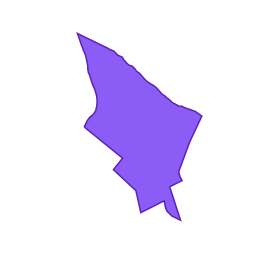 outline of São Pedro do Paraná, Paraná, Brazil, rotated 310°
{"feature_id": "56859067B21029400594343", "entity_name": "São Pedro do Paraná", "entity_type": "district", "adm_level": 2, "iso_a3": "BRA", "parent_name": "Brazil", "parent_adm1": "Paraná", "projection": "equal_earth", "projection_center": [-53.17, -22.776], "detail": "fine", "context": "isolated", "style": "filled", "palette": "violet", "viewbox_px": 256, "rotation_deg": 310, "n_neighbors": 0, "source": "geoboundaries", "source_scale": "gbopen_adm2", "svg_char_len": 1058}
<svg xmlns="http://www.w3.org/2000/svg" viewBox="0 0 256 256"><g transform="rotate(310 128 128)"><path d="M184.6,176.9L184.0,169.1L180.1,158.6L179.2,155.1L177.5,153.1L176.0,145.4L176.3,141.3L176.0,138.8L176.3,136.1L175.8,132.2L176.8,126.0L177.1,123.3L176.9,119.7L176.4,117.3L175.9,112.5L176.2,108.6L177.3,101.9L177.0,97.9L177.7,95.6L178.1,91.5L176.8,88.5L176.8,86.0L177.6,80.6L178.6,78.2L177.3,73.6L177.8,67.6L176.6,64.1L176.0,60.8L174.5,54.8L173.0,48.8L169.5,34.9L167.9,28.5L161.3,39.6L159.0,43.7L156.1,49.3L151.1,55.5L149.3,57.7L147.8,58.8L145.0,62.0L143.6,65.0L139.8,70.7L137.9,74.2L136.1,77.9L133.4,82.0L131.3,84.6L128.5,87.3L125.2,89.7L120.6,92.1L117.4,92.6L115.6,92.6L113.4,92.1L110.5,91.8L106.7,92.2L101.0,93.7L100.6,96.2L100.8,105.0L100.9,111.9L101.0,119.1L101.1,125.4L101.4,143.2L86.7,143.6L85.9,158.8L85.5,165.5L85.1,174.3L71.4,192.2L95.5,202.5L93.6,204.9L90.9,208.2L89.3,211.5L88.8,218.2L91.1,227.5L109.8,197.7L122.5,203.2L124.0,199.4L126.2,196.0L128.0,194.6L156.7,184.3L184.6,176.9Z" fill="#8b5cf6" stroke="#5b21b6" stroke-width="1.5"/></g></svg>